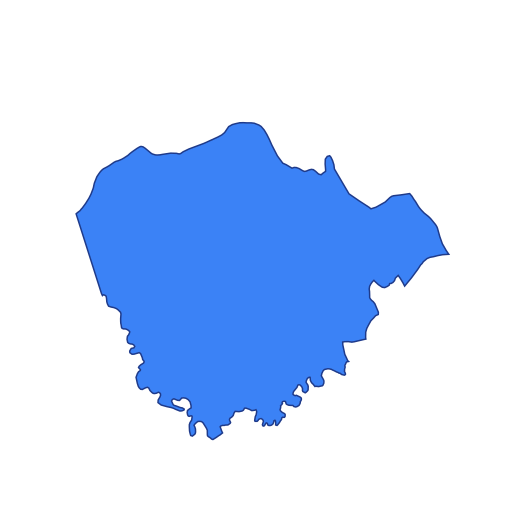 the district of Stueng Saen, Kâmpóng Thum, Cambodia, rotated 58°
{"feature_id": "14789045B79526031906839", "entity_name": "Stueng Saen", "entity_type": "district", "adm_level": 2, "iso_a3": "KHM", "parent_name": "Cambodia", "parent_adm1": "Kâmpóng Thum", "projection": "orthographic", "projection_center": [104.889, 12.631], "detail": "fine", "context": "isolated", "style": "filled", "palette": "blue", "viewbox_px": 512, "rotation_deg": 58, "n_neighbors": 0, "source": "geoboundaries", "source_scale": "gbopen_adm2", "svg_char_len": 6152}
<svg xmlns="http://www.w3.org/2000/svg" viewBox="0 0 512 512"><g transform="rotate(58 256 256)"><path d="M208.2,407.2L208.0,406.0L209.1,405.0L210.7,404.4L212.9,405.3L215.8,406.8L218.0,407.4L220.4,407.6L222.3,406.1L224.5,403.8L226.7,402.2L228.8,401.4L231.9,400.7L233.6,401.2L237.4,404.0L239.9,405.5L241.4,406.3L243.3,407.0L245.3,407.9L246.4,407.9L247.6,407.0L248.4,405.7L249.3,404.8L250.4,404.1L251.8,403.5L253.3,403.2L254.1,403.9L255.5,406.1L255.8,407.3L256.3,407.9L258.3,409.5L261.2,410.6L262.6,410.2L263.9,409.2L265.1,407.7L266.5,406.8L268.4,406.7L269.2,408.2L268.3,410.7L268.7,411.7L269.7,413.5L271.2,414.2L273.6,413.2L274.6,411.4L276.1,406.2L277.6,405.6L282.0,406.3L283.8,407.0L285.6,406.7L286.4,406.9L287.2,408.1L287.2,411.4L287.6,413.5L288.3,414.7L289.5,414.6L291.1,414.2L291.8,414.8L291.9,416.9L292.9,418.9L295.3,422.0L301.1,424.1L304.2,424.9L305.9,424.9L307.9,424.4L309.0,423.0L309.0,422.0L309.3,419.2L309.9,417.5L311.2,416.9L313.9,417.2L316.6,416.6L318.0,416.0L318.9,414.9L319.6,413.1L319.8,411.0L320.7,410.3L322.1,410.0L323.5,410.7L324.6,412.1L326.3,415.3L328.4,416.8L332.1,415.4L336.5,411.4L339.6,408.2L341.5,406.6L343.3,405.5L347.1,402.7L347.7,401.7L348.2,400.4L348.4,398.6L347.8,398.0L345.9,398.9L344.3,400.6L341.1,403.0L339.1,404.7L338.1,405.0L334.2,404.5L333.4,403.0L333.6,401.3L336.9,398.9L338.0,397.4L337.1,394.3L337.9,392.6L339.5,390.8L341.9,389.6L344.7,389.2L348.3,390.3L350.4,391.5L350.4,393.2L350.7,395.9L352.2,397.3L354.5,398.2L355.9,398.2L356.7,397.4L357.0,395.9L357.6,395.2L358.6,395.4L361.0,397.5L362.3,400.2L363.7,401.9L365.6,403.1L369.2,405.1L371.8,406.0L373.6,406.5L375.0,405.4L374.7,402.3L374.1,401.3L373.2,400.5L370.6,399.0L368.7,398.5L366.7,398.3L366.2,397.1L365.7,394.9L365.5,393.0L366.5,391.2L367.6,389.9L369.6,389.3L375.5,389.3L377.9,389.6L381.7,391.9L382.8,392.4L384.0,392.1L386.0,391.1L387.7,390.7L388.8,389.8L388.8,385.7L388.6,382.5L388.7,381.6L388.3,378.1L386.4,377.9L381.8,376.9L381.5,376.1L381.9,374.1L382.8,372.8L383.1,371.7L384.4,369.3L384.3,367.2L384.1,366.3L383.6,365.7L381.4,365.5L380.4,365.0L379.8,364.0L379.8,362.5L379.6,361.1L379.1,359.7L377.6,358.0L376.7,356.0L379.0,352.9L380.1,349.9L380.1,348.4L379.0,346.4L379.7,345.1L382.6,342.8L384.9,341.5L386.1,338.9L386.3,337.5L387.4,337.6L388.5,338.0L390.9,340.2L391.4,341.1L392.0,341.9L394.8,344.3L395.7,344.4L396.8,342.7L396.6,341.5L396.0,340.3L396.2,338.8L396.6,337.8L397.6,337.3L399.2,337.0L400.1,337.3L402.5,340.0L403.6,340.2L404.4,339.5L404.2,338.4L403.0,336.2L403.2,335.4L404.1,335.1L405.4,335.6L406.6,334.9L407.4,333.5L407.6,332.6L407.6,331.6L407.4,330.6L406.7,329.6L405.2,328.0L405.3,327.0L406.1,326.9L407.7,327.6L409.7,328.9L410.8,328.0L410.7,327.2L409.7,324.4L408.8,322.7L408.2,321.1L406.9,319.8L406.8,319.0L407.4,318.2L407.9,317.3L407.3,316.2L405.7,315.2L404.8,315.3L402.6,316.6L401.6,316.9L400.2,317.3L399.0,317.0L398.1,315.9L396.8,314.8L396.0,314.5L395.7,313.0L395.2,311.8L394.4,311.8L393.6,310.8L393.9,309.5L394.4,308.7L395.0,308.1L397.4,308.8L398.4,308.4L399.8,307.4L400.8,306.1L402.3,303.9L403.8,303.6L405.1,302.3L405.5,300.7L405.5,298.7L404.6,297.1L404.0,296.3L403.1,295.7L402.3,294.2L401.4,293.3L400.4,292.9L399.0,293.3L395.5,295.6L395.2,296.8L394.2,297.5L393.0,297.9L392.0,297.3L390.9,296.0L389.1,290.8L387.7,289.0L387.9,287.8L388.7,287.0L389.9,286.7L391.6,286.5L393.3,286.9L394.5,287.8L395.7,288.1L398.1,286.8L398.1,285.7L397.7,283.8L397.2,282.8L394.2,280.8L392.8,280.4L389.7,280.5L388.7,279.7L387.4,277.9L387.0,277.1L387.0,275.1L387.6,274.4L390.3,275.8L392.5,276.0L393.6,275.9L395.0,275.5L397.9,275.2L398.1,274.4L400.0,272.0L400.5,270.4L401.2,268.6L401.1,267.8L399.8,265.9L398.4,264.9L397.6,264.5L396.4,264.3L392.2,264.1L391.4,263.2L390.7,262.7L388.9,259.9L388.6,258.7L388.6,257.8L389.7,254.8L390.5,253.7L392.0,252.2L393.9,251.1L394.5,250.6L397.1,249.1L398.3,248.1L399.3,247.7L399.8,247.0L400.5,246.6L401.7,246.3L403.9,244.2L403.9,243.0L402.9,242.4L400.6,242.1L399.7,241.3L398.9,240.9L397.8,239.6L397.1,239.1L396.3,239.0L395.6,238.2L394.9,237.0L394.4,236.4L393.8,235.3L394.5,233.4L393.3,233.7L390.6,233.3L386.4,232.8L377.4,229.5L374.9,228.1L375.6,226.3L377.5,223.1L379.8,220.4L380.8,218.1L384.1,208.4L384.7,206.9L383.0,206.1L378.7,203.3L376.1,200.4L374.3,197.4L371.8,192.9L370.9,189.2L370.0,186.2L370.4,183.3L368.5,182.0L359.5,180.5L356.8,180.8L354.8,181.5L352.6,181.8L351.4,181.6L349.8,180.6L346.2,178.5L344.0,177.5L341.9,175.7L340.5,173.3L339.6,171.1L339.1,168.9L340.7,168.6L345.1,167.4L349.4,165.5L351.0,163.6L351.4,160.7L351.3,158.5L350.2,157.3L350.9,155.9L351.0,153.9L350.3,151.6L348.6,149.5L347.8,145.7L351.6,145.5L356.8,145.6L360.3,145.9L356.9,135.7L353.0,125.8L350.8,121.1L350.4,119.2L349.5,117.1L348.8,112.4L349.3,109.2L350.7,105.7L352.0,101.6L353.8,97.0L356.7,91.6L352.1,91.8L344.4,91.5L337.1,89.9L328.6,87.4L326.9,87.1L324.5,87.1L316.8,88.1L313.9,88.8L308.8,90.6L304.6,91.5L302.6,91.8L300.1,92.0L294.1,91.9L292.2,92.1L287.8,92.1L284.5,92.6L280.8,101.1L277.8,107.4L277.3,109.3L277.4,111.5L278.7,117.8L278.2,128.4L276.9,133.5L274.6,134.3L263.9,139.3L252.6,144.2L223.8,143.4L219.9,141.6L215.6,140.5L211.9,140.1L210.0,140.4L209.3,142.8L210.6,145.9L214.6,148.6L219.8,151.3L221.1,152.2L221.2,155.1L221.6,157.7L219.7,159.5L215.7,160.6L213.2,161.6L211.9,163.1L211.2,165.2L210.6,168.6L209.8,170.3L207.9,171.5L204.7,173.1L202.4,174.9L201.1,176.7L200.6,178.9L194.6,182.0L191.5,184.1L182.4,184.8L170.3,183.8L164.1,182.9L158.9,182.4L153.5,182.3L148.9,183.0L146.5,184.1L142.5,187.1L140.5,189.6L138.2,193.3L136.2,196.1L134.4,199.2L133.0,203.1L132.0,206.4L131.8,210.6L134.7,217.2L135.2,221.0L134.9,225.4L132.9,240.5L129.7,256.2L129.0,262.6L129.2,265.4L128.9,266.8L128.0,267.9L126.9,268.9L123.6,273.8L120.2,281.6L119.3,283.9L118.0,286.3L116.9,287.8L114.6,289.8L113.0,290.6L105.9,292.9L103.5,294.0L102.1,295.5L101.8,296.8L101.7,299.8L102.0,305.6L102.3,308.5L102.8,311.2L102.9,316.0L102.8,318.6L102.2,322.4L101.5,324.6L101.3,326.8L101.6,332.5L101.5,335.5L101.2,339.2L101.5,341.4L102.1,343.5L103.2,346.2L104.5,349.0L108.5,354.4L110.5,356.4L111.6,357.4L112.9,358.9L116.2,363.3L118.5,367.1L121.2,372.7L123.3,378.0L123.6,379.3L124.3,381.1L124.6,384.3L124.9,386.2L205.8,406.9L208.2,407.2Z" fill="#3b82f6" stroke="#1e3a8a" stroke-width="1.5"/></g></svg>